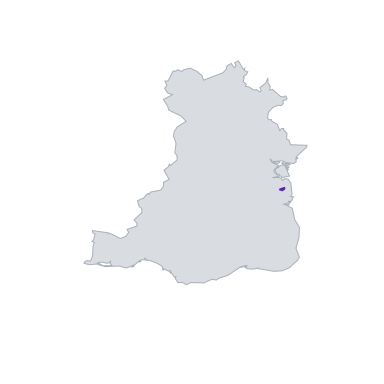 Garrafão do Norte, Pará, Brazil shown in context, rotated 60°
{"feature_id": "56859067B10058884910465", "entity_name": "Garrafão do Norte", "entity_type": "district", "adm_level": 2, "iso_a3": "BRA", "parent_name": "Brazil", "parent_adm1": "Pará", "projection": "robinson", "projection_center": [-47.098, -2.221], "detail": "fine", "context": "in_parent", "style": "filled", "palette": "violet", "viewbox_px": 384, "rotation_deg": 60, "n_neighbors": 0, "source": "geoboundaries", "source_scale": "gbopen_adm2", "svg_char_len": 4543}
<svg xmlns="http://www.w3.org/2000/svg" viewBox="0 0 384 384"><g transform="rotate(60 192 192)"><path d="M118.9,89.5L122.0,92.5L125.9,91.1L127.1,93.0L129.3,90.3L134.6,87.5L135.7,84.8L139.1,83.3L139.4,81.6L135.5,81.0L134.5,73.8L131.2,69.3L135.7,71.6L139.7,71.5L142.5,73.8L143.4,71.0L153.4,67.6L155.6,65.2L155.4,63.0L158.4,62.9L159.3,63.9L158.3,67.6L160.9,68.6L161.8,71.6L160.0,73.8L159.2,79.8L161.1,86.0L165.8,89.6L167.9,89.1L168.9,87.1L170.6,87.5L176.0,84.3L182.8,85.3L181.8,82.6L182.8,80.9L184.1,81.7L188.5,80.4L193.5,83.6L195.6,82.0L200.3,83.1L209.1,69.0L210.5,70.5L213.5,83.5L215.0,85.5L217.9,86.6L218.2,89.9L213.2,96.1L210.1,98.2L206.1,106.7L202.1,107.9L206.2,108.1L212.4,103.8L213.6,109.3L215.3,111.0L221.7,109.1L219.8,115.2L222.3,110.3L225.2,107.5L226.6,108.3L227.3,107.4L226.7,105.2L228.7,102.5L233.6,101.9L244.2,106.6L245.0,109.0L246.4,107.3L248.9,109.2L249.6,111.2L248.3,112.6L248.8,113.3L250.2,112.0L250.5,113.3L249.3,114.7L248.5,118.8L250.2,117.1L251.4,114.0L251.6,116.2L256.3,113.3L267.5,116.9L276.3,116.6L285.0,122.2L292.6,130.1L302.1,131.6L303.9,134.5L306.3,145.9L305.3,153.3L301.6,160.8L291.3,173.1L291.2,172.1L289.3,177.7L286.0,182.7L284.5,183.4L283.4,181.2L282.5,182.3L281.1,187.6L282.1,202.7L280.2,211.4L280.4,214.9L277.5,218.5L276.7,227.2L269.8,238.3L269.5,243.3L265.5,245.4L263.5,249.6L258.3,249.7L257.2,248.1L256.7,249.9L248.7,250.3L249.0,251.8L243.9,255.3L241.0,255.2L235.9,258.1L229.5,263.4L228.3,265.9L227.2,265.0L226.8,266.1L225.3,265.6L227.2,267.1L225.7,268.8L225.2,271.6L226.4,277.7L225.0,286.9L219.7,292.1L213.2,304.6L207.1,310.3L206.9,308.4L211.3,306.1L215.1,299.2L215.2,298.0L212.6,298.7L211.0,296.5L211.8,298.7L211.2,301.3L207.4,305.5L206.2,308.8L206.6,310.7L203.8,317.1L199.9,321.1L199.0,320.5L198.9,317.3L201.1,314.4L197.5,309.9L189.5,304.8L187.0,301.9L184.8,303.5L184.5,301.5L180.0,297.0L177.8,298.2L175.6,297.6L185.0,285.5L186.2,285.6L185.9,284.4L196.5,277.2L197.3,271.3L195.3,267.0L191.9,267.0L193.9,256.9L191.7,255.3L187.2,256.2L184.8,245.7L181.1,243.8L178.3,245.1L172.3,243.6L173.0,236.7L171.1,231.2L172.8,229.9L171.2,228.4L174.7,218.2L172.7,213.6L169.4,211.8L169.6,205.5L159.0,205.4L158.5,200.1L156.5,197.6L158.3,197.5L156.8,188.9L153.5,187.0L149.4,187.2L141.9,181.5L134.0,180.0L130.6,176.9L128.2,172.1L128.0,161.9L121.2,163.2L109.4,171.2L105.9,170.2L97.6,170.5L98.0,160.1L94.0,163.6L88.5,163.9L87.3,160.6L82.5,159.9L83.8,157.2L77.7,147.7L79.3,146.0L79.0,143.3L82.6,140.4L82.0,138.0L83.9,131.5L90.0,127.4L96.1,125.2L100.9,126.1L104.2,105.5L102.8,101.0L100.2,98.5L100.3,93.8L105.6,93.2L104.7,90.6L101.5,90.6L101.6,86.3L111.3,86.2L111.2,84.4L112.7,86.0L115.9,83.6L117.5,86.3L117.7,89.8L118.9,89.5ZM216.2,98.4L227.0,99.6L224.5,106.8L222.5,107.0L222.1,108.2L220.5,107.6L218.8,109.5L214.7,109.4L213.2,105.8L214.3,104.9L213.0,103.6L213.9,99.4L216.2,98.4ZM206.9,107.1L208.6,101.9L210.3,101.2L210.2,104.4L206.9,107.1ZM219.2,95.8L218.1,97.8L215.6,97.3L216.0,96.1L219.2,95.8ZM215.5,93.7L215.0,97.7L214.0,97.2L215.5,93.7ZM220.9,98.4L219.3,98.6L218.6,98.2L220.5,97.1L220.9,98.4ZM213.8,98.5L212.2,99.8L211.6,99.1L212.7,97.9L213.8,98.5ZM216.7,95.0L216.0,94.2L217.3,93.4L217.4,94.1L216.7,95.0ZM215.9,84.8L215.0,85.0L214.8,83.5L215.6,83.4L215.9,84.8ZM226.8,281.5L226.4,280.2L227.2,279.1L227.4,279.4L226.8,281.5ZM244.9,254.8L245.1,256.2L244.0,255.9L244.9,254.8ZM226.2,272.5L225.7,271.7L226.4,270.9L226.7,271.3L226.2,272.5ZM249.9,116.2L249.2,117.7L249.9,115.6L249.9,116.2ZM283.9,183.7L282.9,184.1L283.6,182.9L283.9,183.7ZM251.6,250.9L250.5,251.3L250.2,251.1L250.9,250.4L251.6,250.9ZM282.1,186.4L281.7,187.2L281.5,186.7L282.1,186.4ZM247.0,106.0L247.1,106.8L246.8,106.7L247.0,106.0Z" fill="#d9dde1" stroke="#a8b0b8" stroke-width="1"/><path d="M233.9,114.8L234.0,114.8L234.1,114.7L234.3,114.6L234.5,114.5L234.6,114.4L234.6,114.2L234.6,113.9L234.5,113.7L234.6,113.4L234.6,113.2L234.8,113.2L234.7,113.1L234.8,113.0L234.8,112.9L235.0,112.9L235.1,112.7L235.3,112.6L235.5,112.5L235.5,112.4L235.7,112.2L235.8,112.3L235.8,112.2L235.8,111.9L235.7,111.9L235.7,111.7L235.6,111.4L235.6,111.2L235.8,111.0L235.8,110.9L235.7,110.8L235.7,110.7L235.5,110.4L235.4,110.4L235.3,110.2L235.2,110.2L235.1,109.9L234.9,109.9L234.9,110.0L234.7,110.1L234.4,110.1L234.4,110.3L234.2,110.4L234.2,110.5L234.3,110.5L234.4,110.8L234.3,111.0L234.2,111.2L234.2,111.3L234.2,111.5L234.1,111.8L234.1,112.0L233.9,112.1L233.8,112.3L233.8,112.5L233.8,112.8L233.9,113.0L234.0,113.2L234.0,113.3L234.0,113.5L233.9,113.6L234.0,113.6L234.0,113.8L234.1,114.0L234.2,114.3L234.1,114.5L233.9,114.7L233.9,114.8Z" fill="#8b5cf6" stroke="#5b21b6" stroke-width="1.5"/></g></svg>